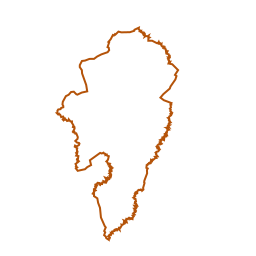 the district of Phimai, Nakhon Ratchasima, Thailand, rotated 152°
{"feature_id": "78962969B83847555024390", "entity_name": "Phimai", "entity_type": "district", "adm_level": 2, "iso_a3": "THA", "parent_name": "Thailand", "parent_adm1": "Nakhon Ratchasima", "projection": "orthographic", "projection_center": [102.551, 15.277], "detail": "fine", "context": "isolated", "style": "outline", "palette": "amber", "viewbox_px": 256, "rotation_deg": 152, "n_neighbors": 0, "source": "geoboundaries", "source_scale": "gbopen_adm2", "svg_char_len": 5809}
<svg xmlns="http://www.w3.org/2000/svg" viewBox="0 0 256 256"><g transform="rotate(152 128 128)"><path d="M104.4,212.5L108.1,209.0L107.3,208.0L108.1,205.6L110.4,204.5L116.9,205.5L121.6,205.6L125.5,205.0L129.6,207.1L134.3,207.7L137.2,208.8L141.0,206.2L142.0,204.4L141.6,200.7L142.9,197.8L144.7,185.7L146.8,179.5L152.2,181.0L157.0,181.2L157.8,182.1L158.8,185.5L161.4,186.5L164.8,185.2L167.9,185.3L173.2,181.8L174.8,179.6L174.8,177.8L175.4,176.7L177.6,177.1L178.7,176.3L180.9,177.1L182.2,176.4L183.2,174.3L183.8,174.5L183.3,172.7L182.3,172.8L182.4,172.3L181.6,171.6L181.9,169.0L179.9,168.6L179.9,166.9L181.6,166.3L181.3,165.0L179.3,165.7L179.4,164.6L178.4,164.1L178.5,162.8L176.8,162.3L176.2,163.2L175.7,160.7L174.4,160.1L175.1,158.8L174.9,156.0L176.2,154.7L175.7,154.1L175.0,154.6L174.8,154.0L175.5,152.5L178.5,150.5L178.3,149.8L177.1,149.7L177.2,147.8L176.2,147.5L176.6,143.5L177.7,142.1L180.6,141.3L179.8,139.0L178.3,137.8L178.2,137.0L179.3,136.0L182.1,135.9L183.0,137.3L183.8,136.5L182.3,133.9L183.4,132.9L183.7,130.8L184.3,130.9L184.8,129.6L185.5,130.0L185.6,128.6L186.7,127.9L185.0,126.5L186.7,124.2L187.4,124.6L188.0,124.0L187.0,121.7L188.1,121.4L188.4,122.1L189.8,121.0L191.2,120.9L191.5,118.6L192.1,118.3L191.4,117.1L193.0,116.8L192.5,113.8L185.3,111.8L182.3,112.6L178.0,112.6L176.8,117.4L164.3,119.1L163.1,117.8L161.2,117.7L161.1,116.7L160.2,115.9L160.7,114.7L159.2,114.5L159.4,113.4L158.2,112.1L160.6,109.4L162.8,108.6L162.3,107.7L162.5,106.4L161.3,105.4L162.1,105.0L161.1,104.5L162.0,103.9L160.9,101.7L161.7,101.3L162.4,101.8L162.2,100.6L163.2,100.7L161.5,100.2L161.4,101.1L160.7,100.1L161.9,100.0L162.4,98.5L163.1,98.8L163.1,97.9L163.8,98.3L163.8,99.5L164.7,98.8L164.5,97.1L165.7,96.8L164.9,95.8L166.1,95.0L165.3,94.6L166.0,94.1L165.5,93.7L166.0,93.1L166.5,93.3L166.8,92.6L168.3,93.2L168.6,92.8L168.0,92.2L168.4,91.8L169.4,93.0L169.3,93.9L170.5,93.7L171.4,94.8L171.4,93.5L170.4,92.9L171.8,92.1L170.8,91.5L172.7,90.7L173.4,91.0L172.7,90.3L173.1,90.0L174.7,91.2L173.7,91.6L174.7,92.7L175.3,91.5L176.5,91.9L177.2,90.7L178.6,91.5L179.3,90.8L179.8,91.6L178.9,92.7L180.6,93.9L181.8,93.2L183.4,93.4L183.7,92.7L182.5,91.8L183.5,91.1L184.4,91.4L184.4,90.3L186.3,90.1L185.8,88.1L186.5,88.1L187.3,89.0L188.1,87.5L188.8,87.2L188.3,85.8L189.1,86.8L189.9,86.5L189.1,85.4L190.0,83.8L188.1,80.3L189.5,76.0L190.2,70.7L193.9,61.7L194.6,52.3L194.3,50.7L197.4,48.2L197.1,46.6L199.4,44.6L198.6,42.6L198.9,40.9L197.5,38.4L197.2,39.1L196.2,39.0L195.5,39.7L196.4,41.6L194.8,42.3L194.7,41.6L193.6,42.2L193.2,41.6L192.1,42.5L192.1,43.3L190.9,42.3L190.6,44.0L188.2,43.4L187.7,43.5L187.8,44.3L187.0,44.4L186.6,43.7L185.7,44.2L184.9,43.6L185.1,43.0L183.7,43.5L183.3,42.2L182.7,44.2L182.2,44.0L182.5,43.5L181.7,43.4L179.3,44.9L179.1,45.7L178.5,45.1L177.1,45.2L176.1,46.4L175.6,45.3L174.1,46.0L173.4,45.3L173.2,46.3L174.8,46.9L174.9,48.1L173.9,47.0L172.2,48.5L171.8,47.8L170.1,48.1L169.9,47.3L169.0,48.1L168.2,47.2L169.2,46.2L168.1,46.6L166.8,45.4L166.4,46.0L167.2,47.0L166.3,46.6L164.5,47.3L164.9,48.6L162.9,48.4L163.5,50.2L161.8,50.4L161.1,51.9L160.6,50.5L159.9,51.0L160.4,53.9L158.9,53.2L158.1,53.6L158.2,54.1L159.1,54.1L158.6,54.3L158.8,55.9L158.1,55.3L158.2,55.9L157.6,56.0L157.6,55.4L156.4,54.9L156.4,57.6L157.5,58.2L156.4,59.6L155.4,59.5L154.7,61.9L155.6,62.4L155.3,63.2L155.9,64.0L153.7,64.5L154.0,65.3L152.7,65.8L152.8,66.4L152.1,66.3L152.5,66.7L151.9,67.6L150.8,67.7L150.1,66.8L148.8,68.2L147.4,68.3L146.9,67.7L145.7,67.7L145.8,67.2L144.9,66.8L145.0,66.0L143.3,66.4L142.8,68.0L139.2,71.7L139.3,72.4L138.4,73.7L132.4,79.0L131.0,82.0L129.6,83.0L130.5,84.2L128.9,86.5L128.1,86.2L127.5,86.9L125.2,86.4L125.3,87.1L124.2,86.7L123.9,87.4L123.2,87.2L123.1,87.8L123.8,88.0L122.9,88.2L122.6,88.9L121.9,87.8L121.2,88.5L120.9,88.0L118.2,88.6L117.2,88.3L117.6,89.9L115.2,89.0L115.6,91.8L114.9,92.4L115.2,93.3L114.0,93.6L112.3,93.2L110.1,94.2L111.3,95.7L110.0,95.9L109.9,96.8L111.5,97.5L111.5,98.1L110.4,97.9L110.2,98.8L108.8,99.2L107.0,98.3L105.6,98.3L105.9,99.3L106.5,99.0L106.5,99.8L107.1,99.9L106.7,100.6L105.3,99.8L105.8,100.5L104.8,101.1L105.3,102.3L103.3,102.2L103.6,101.6L102.7,101.6L101.9,100.4L101.1,101.5L101.9,102.6L102.7,102.5L102.2,103.4L101.7,103.0L101.1,103.4L100.4,102.7L99.3,104.2L98.4,103.3L98.6,102.7L98.2,102.6L97.7,103.4L97.0,103.1L96.9,103.7L97.6,103.9L97.0,104.5L97.6,104.5L97.9,105.4L96.8,105.2L96.5,106.2L95.8,106.0L94.2,107.6L92.5,107.2L92.7,108.1L93.5,108.0L93.9,109.1L93.3,109.4L93.8,110.1L93.0,109.8L92.2,110.8L91.6,110.0L91.7,110.8L91.1,110.8L91.6,111.2L90.1,112.3L89.4,112.1L89.8,112.8L88.4,113.6L87.8,113.3L88.1,115.0L87.8,115.0L87.7,115.4L88.3,115.3L88.3,115.8L87.3,116.8L87.9,118.1L86.8,118.0L86.2,118.8L85.0,118.8L84.3,119.5L83.8,119.1L82.9,119.8L83.8,119.9L83.9,120.7L82.1,121.4L82.7,123.2L81.7,124.0L82.0,125.4L80.4,126.0L79.9,127.9L79.5,128.5L78.8,128.3L78.5,128.9L78.9,129.3L78.0,129.7L83.3,135.7L85.1,139.6L80.9,141.3L72.6,143.2L71.0,144.7L63.4,148.6L60.8,151.1L61.6,152.8L56.6,155.6L59.0,163.5L61.3,165.4L60.1,166.3L61.5,166.4L60.0,167.8L60.2,168.5L61.1,168.7L60.0,169.0L60.2,170.3L59.1,170.4L59.4,171.6L57.8,170.9L57.2,172.3L57.8,172.8L57.5,174.0L59.7,176.2L58.8,175.8L57.8,176.6L58.9,176.6L58.4,178.0L57.8,177.1L57.3,177.3L58.0,179.3L57.7,180.6L58.6,181.2L57.9,182.2L59.1,182.4L58.4,183.4L59.5,183.9L59.8,185.0L59.0,186.4L60.5,186.0L59.6,186.8L60.8,187.7L59.9,188.0L60.2,188.7L60.7,188.5L60.5,189.5L61.1,189.1L62.7,189.4L65.7,193.7L69.1,195.5L67.8,197.8L66.5,197.8L67.4,199.2L66.5,199.9L67.7,199.8L69.2,200.9L70.2,200.8L69.5,201.4L70.1,202.1L69.4,202.3L68.9,203.4L69.1,204.3L69.8,203.4L70.0,204.2L70.5,204.0L70.7,206.7L71.4,206.5L72.0,207.6L71.4,207.9L72.2,208.2L71.7,208.8L72.2,210.3L71.3,211.5L76.2,211.7L76.9,210.9L81.3,211.7L89.0,215.6L91.2,217.6L95.3,216.4L95.5,217.0L97.1,216.3L97.7,217.2L101.6,214.5L104.9,213.2L104.4,212.5Z" fill="none" stroke="#b45309" stroke-width="2"/></g></svg>